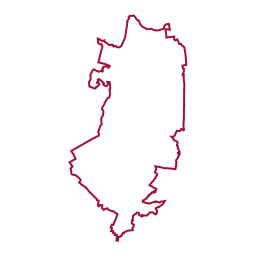 Scorteni, Bacau, Romania (Robinson projection)
{"feature_id": "2599482B56524358146983", "entity_name": "Scorteni", "entity_type": "district", "adm_level": 2, "iso_a3": "ROU", "parent_name": "Romania", "parent_adm1": "Bacau", "projection": "robinson", "projection_center": [26.678, 46.577], "detail": "fine", "context": "isolated", "style": "outline", "palette": "rose", "viewbox_px": 256, "rotation_deg": 0, "n_neighbors": 0, "source": "geoboundaries", "source_scale": "gbopen_adm2", "svg_char_len": 5833}
<svg xmlns="http://www.w3.org/2000/svg" viewBox="0 0 256 256"><path d="M164.8,201.0L164.3,201.1L164.3,201.3L163.8,201.4L161.8,201.5L160.6,201.7L159.7,202.5L156.6,201.7L155.8,201.7L155.7,201.4L155.3,201.5L155.2,201.9L152.9,202.3L151.0,203.0L148.9,203.6L148.0,203.2L147.5,203.3L147.0,203.0L146.2,203.0L142.2,201.6L142.8,201.5L142.7,201.1L142.9,200.9L142.7,200.8L142.7,200.5L142.9,200.3L143.7,200.4L145.7,198.8L146.7,198.4L146.7,198.1L147.0,197.8L147.0,197.5L147.2,197.4L147.4,197.1L147.6,196.4L148.2,196.3L148.3,196.0L148.9,195.7L148.7,195.4L148.7,195.1L148.8,195.0L149.0,195.2L149.3,194.8L150.6,194.2L150.8,193.6L151.4,193.3L151.4,192.8L151.9,192.7L152.2,192.3L152.7,192.2L153.0,192.0L153.6,191.9L153.8,192.2L153.9,191.8L154.1,192.0L154.5,192.0L154.3,191.5L154.4,191.4L154.8,191.8L155.5,191.7L155.5,191.0L155.9,190.3L155.8,189.9L156.1,189.7L156.4,189.0L153.0,187.3L152.4,186.6L149.6,185.4L151.4,182.8L153.4,180.8L153.9,179.8L155.7,177.4L157.3,174.6L156.5,173.5L155.3,172.7L154.9,172.0L156.3,168.8L155.4,166.3L157.5,166.6L161.4,167.4L165.0,168.4L167.1,168.1L168.3,168.5L169.9,168.4L175.4,169.1L175.5,168.4L175.9,167.6L175.7,166.9L175.7,166.4L176.3,165.6L176.1,163.5L176.6,162.7L176.0,160.7L176.1,160.3L178.0,157.6L178.2,156.5L179.2,155.0L179.7,154.2L179.6,153.9L179.3,153.8L178.3,153.6L178.4,153.4L178.0,152.8L178.7,152.2L179.5,152.3L179.7,152.1L178.5,149.4L177.9,148.7L178.0,147.4L177.6,146.9L177.6,145.7L176.9,145.5L177.0,144.7L177.4,143.9L177.5,142.3L177.4,141.8L175.9,141.0L174.2,140.4L173.8,140.0L173.7,139.2L171.5,136.7L173.1,136.7L174.5,135.9L174.7,135.6L175.4,133.6L175.9,132.9L176.8,130.8L178.1,131.0L180.1,130.9L180.6,130.2L180.9,129.2L181.5,129.0L181.9,129.5L182.2,129.6L182.5,129.4L183.6,130.3L184.1,129.4L183.8,129.1L183.4,126.1L183.6,124.2L183.4,123.5L183.7,121.9L183.9,117.4L184.0,106.4L184.4,105.4L184.1,104.8L184.1,102.3L184.2,101.1L184.1,100.1L184.1,93.5L184.3,90.5L184.1,89.3L184.4,85.1L183.7,78.0L183.8,74.8L183.7,74.4L182.7,75.1L182.5,74.8L182.6,74.4L183.4,73.2L183.4,72.6L183.9,71.2L183.9,70.2L184.1,69.1L183.1,68.8L182.4,65.7L184.7,65.2L185.3,64.8L185.6,64.7L185.6,65.0L186.2,64.9L186.4,64.0L186.1,62.7L185.6,55.5L185.0,50.9L184.7,50.0L184.3,47.1L182.2,45.6L180.7,43.8L179.0,43.9L178.5,41.8L177.3,39.4L175.0,40.4L174.2,39.2L174.2,36.6L166.4,37.5L166.0,32.7L165.4,29.4L168.6,29.4L169.9,29.7L168.8,23.9L166.4,24.2L164.8,25.3L164.2,26.1L164.1,27.2L164.2,28.3L163.9,28.5L162.5,29.1L158.2,30.4L155.1,30.4L152.9,29.6L151.5,28.8L148.1,29.2L146.4,29.0L145.3,28.0L143.2,27.2L142.2,26.6L141.3,25.7L140.5,24.3L139.8,23.8L139.6,22.7L139.1,21.2L138.2,20.1L137.2,20.1L133.9,15.5L133.5,15.4L132.1,15.9L130.9,15.8L129.4,16.2L129.1,16.9L128.6,17.2L129.0,18.4L128.6,19.3L127.4,20.7L127.0,25.9L126.4,28.8L125.2,37.2L122.7,43.1L121.3,46.0L120.2,46.9L118.7,47.4L116.9,47.1L115.5,45.8L113.7,46.5L113.1,45.2L112.6,45.5L111.7,44.6L110.9,45.0L110.2,44.8L109.1,45.1L106.4,42.8L104.6,42.0L104.2,40.3L103.0,40.8L101.7,40.9L100.1,39.7L97.9,38.6L98.0,41.0L98.3,41.3L98.0,42.5L98.4,43.3L100.3,44.3L101.2,43.9L102.3,45.3L102.2,46.0L102.4,46.3L102.2,47.6L101.5,49.5L98.4,62.4L104.8,64.0L109.7,65.8L109.2,67.0L108.3,67.8L107.7,66.6L107.2,66.1L106.4,66.4L105.9,66.3L105.5,66.5L103.4,66.9L103.0,67.4L103.1,68.4L102.9,68.6L102.1,69.2L102.2,70.0L102.9,70.7L102.6,71.3L102.3,71.6L102.0,71.6L101.6,71.0L101.3,71.0L100.3,71.1L98.8,71.7L98.2,71.6L93.8,69.4L92.6,70.4L92.0,71.8L90.4,74.5L90.6,79.3L89.0,82.1L89.4,86.4L94.8,88.6L96.0,87.7L96.1,87.0L97.0,86.7L97.9,86.2L98.6,85.0L99.4,84.5L99.4,83.7L98.5,83.1L97.0,82.8L97.5,81.7L98.2,81.3L98.3,80.6L97.9,79.6L99.0,79.0L103.5,82.7L103.9,83.4L103.1,84.0L103.3,84.7L104.5,85.6L106.6,86.1L107.7,85.0L108.0,84.1L107.3,82.0L109.6,82.1L110.3,87.9L110.1,89.1L109.5,89.2L109.6,90.6L110.1,92.6L109.8,95.3L109.3,97.6L107.4,98.3L104.9,102.4L104.2,104.4L102.2,107.6L102.0,109.0L102.2,109.5L103.2,110.5L103.4,113.1L102.8,115.7L101.6,117.5L101.4,118.2L101.2,119.2L101.4,121.5L101.3,122.7L101.6,123.6L101.6,124.3L100.2,126.2L98.9,130.2L98.3,131.2L98.2,132.0L98.9,133.3L98.8,135.6L92.3,138.9L71.3,150.9L72.4,152.9L73.2,153.7L73.4,154.4L75.6,158.8L69.6,162.3L70.1,162.8L70.7,164.0L71.6,165.1L71.7,165.9L72.0,165.9L72.5,166.5L70.5,168.5L70.8,169.3L71.1,170.4L71.3,172.9L71.7,174.2L72.3,174.6L74.7,175.0L76.2,175.7L77.5,176.6L80.4,179.4L80.5,180.0L80.2,181.1L80.0,181.5L79.4,181.9L79.1,182.4L79.2,182.7L80.0,183.0L82.3,185.4L83.6,185.6L84.1,186.0L84.6,186.7L85.7,187.3L86.8,188.7L87.5,189.2L89.0,191.5L93.2,195.4L94.0,196.5L95.8,198.0L96.6,199.0L96.8,200.0L97.5,200.4L98.7,200.6L98.1,203.1L98.2,206.0L99.0,206.4L99.7,204.9L101.3,205.4L102.2,205.1L102.3,205.4L102.0,207.7L102.3,208.5L103.8,209.9L104.2,209.3L107.4,208.3L107.8,209.3L111.0,210.9L113.8,211.4L114.7,212.4L117.5,214.2L115.1,220.5L114.2,222.3L113.3,224.9L111.9,224.6L110.7,227.6L112.1,228.1L111.1,231.1L113.2,231.2L113.0,232.9L115.1,233.4L114.7,235.0L117.0,235.1L116.5,240.6L118.0,240.6L118.3,236.8L120.0,236.8L120.6,235.9L121.6,235.7L121.9,235.3L122.1,234.0L122.7,233.2L123.1,233.1L123.4,233.3L124.0,233.2L124.2,232.2L126.3,231.4L127.4,230.8L132.8,230.1L132.4,228.2L132.5,227.8L133.5,226.7L133.9,224.8L132.4,223.9L131.7,222.8L131.9,222.0L132.2,221.7L132.1,220.4L132.8,220.4L132.9,220.0L132.8,218.7L133.0,217.5L133.0,215.9L133.8,214.9L135.8,214.0L137.0,212.5L138.8,212.8L139.1,213.1L138.9,214.6L139.0,214.9L139.6,215.3L140.5,215.6L141.2,216.2L141.6,216.2L141.8,216.5L142.1,216.4L141.9,216.1L142.1,215.7L141.9,215.2L142.0,214.9L142.4,214.9L143.1,215.6L145.0,215.5L146.6,215.6L148.1,214.5L149.5,212.6L150.6,212.3L151.5,212.5L152.0,212.3L152.6,212.3L153.5,212.8L154.7,214.1L155.1,214.1L155.2,214.3L155.9,214.2L156.3,213.9L156.4,213.0L157.0,212.4L156.9,210.2L156.6,209.9L156.2,209.2L155.8,208.9L155.7,208.3L156.3,207.8L157.5,207.3L158.9,207.1L159.4,206.5L160.0,206.3L160.5,205.8L162.8,204.0L164.1,202.3L164.8,201.0Z" fill="none" stroke="#9f1239" stroke-width="2"/></svg>